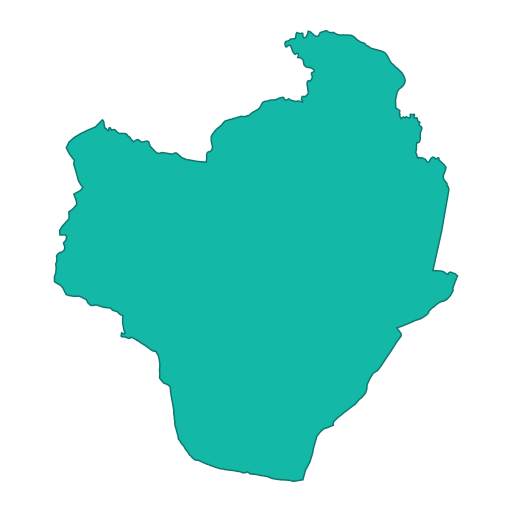 the district of Siguiri, Siguiri, Guinea
{"feature_id": "49546643B83328532988272", "entity_name": "Siguiri", "entity_type": "district", "adm_level": 2, "iso_a3": "GIN", "parent_name": "Guinea", "parent_adm1": "Siguiri", "projection": "mercator", "projection_center": [-9.454, 11.68], "detail": "fine", "context": "isolated", "style": "filled", "palette": "teal", "viewbox_px": 512, "rotation_deg": 0, "n_neighbors": 0, "source": "geoboundaries", "source_scale": "gbopen_adm2", "svg_char_len": 5955}
<svg xmlns="http://www.w3.org/2000/svg" viewBox="0 0 512 512"><path d="M123.9,329.9L124.9,332.6L124.5,333.8L123.1,333.6L121.6,332.9L121.5,334.1L121.1,335.3L121.3,336.5L121.9,336.8L124.7,336.9L126.1,337.3L126.9,337.7L128.5,338.3L129.8,338.4L131.1,337.2L132.8,337.8L136.1,339.7L137.0,340.5L137.9,340.1L138.2,340.8L140.5,342.6L144.9,345.3L148.3,347.7L150.8,349.7L153.2,351.0L155.9,351.5L158.1,355.3L159.0,358.0L159.7,362.8L159.9,366.0L159.6,368.2L159.5,370.8L159.8,373.5L159.6,376.1L159.6,378.1L162.1,381.3L163.7,383.0L166.7,384.2L168.0,384.9L169.3,385.8L170.3,387.5L170.6,392.2L173.9,410.8L173.7,412.2L173.8,414.1L174.4,416.7L174.3,418.5L174.8,421.1L174.9,423.4L175.2,426.4L176.0,428.6L177.9,435.6L178.3,437.3L178.2,438.6L180.4,441.5L180.4,442.1L181.6,443.5L182.2,444.5L183.8,446.1L185.3,448.9L186.7,450.8L187.5,451.6L189.5,455.0L191.2,456.3L192.1,457.5L193.5,458.7L194.4,459.6L196.2,460.1L198.6,460.4L200.1,461.0L203.6,462.8L205.8,463.4L206.8,464.3L207.7,464.2L209.4,464.8L209.8,465.4L210.9,465.5L215.4,467.2L221.0,468.9L222.9,468.9L225.0,469.6L226.4,469.6L227.3,469.9L234.7,470.7L237.1,471.3L240.0,471.6L242.9,472.8L243.9,472.9L245.8,472.6L247.4,471.9L249.2,472.9L249.8,473.8L252.7,474.2L255.3,474.3L258.1,474.8L259.3,475.2L261.4,475.6L262.9,475.7L267.0,476.4L272.0,478.4L273.2,478.7L276.2,479.2L282.0,479.9L282.9,479.8L288.4,480.2L290.0,480.4L293.3,481.3L302.9,479.8L305.4,470.4L309.8,462.1L312.4,453.8L313.6,447.7L316.9,436.2L320.2,432.0L323.7,428.8L327.8,427.5L333.5,425.1L333.1,423.7L333.2,423.1L333.5,422.0L334.4,420.9L335.8,419.6L337.2,418.1L338.4,417.1L341.8,414.5L343.5,413.0L348.4,409.3L353.0,405.7L355.1,404.3L359.2,399.5L361.9,397.4L365.5,393.0L366.8,389.3L367.1,384.6L370.2,377.9L373.3,373.2L377.7,370.4L381.6,365.2L386.2,358.0L390.5,351.8L397.0,341.5L399.7,338.0L401.2,335.9L401.0,333.5L396.8,327.9L402.4,326.0L412.4,321.8L414.6,320.7L421.0,318.6L425.8,315.5L428.3,313.2L429.3,310.7L432.5,307.6L434.1,306.7L435.3,305.3L439.3,302.5L441.6,301.5L443.8,301.1L447.0,299.3L450.4,295.6L453.1,290.6L452.8,288.4L453.5,286.1L454.4,283.9L455.1,281.6L456.0,279.8L456.6,277.8L457.6,275.9L454.6,273.4L452.9,273.2L451.4,272.3L449.7,272.2L448.6,273.1L448.1,274.3L446.2,273.7L444.1,272.0L441.6,271.1L432.9,270.5L441.5,231.9L448.9,189.6L448.1,186.5L447.1,186.3L447.0,183.6L443.6,179.0L443.1,176.2L445.4,170.3L446.0,167.3L444.2,164.8L439.2,160.2L438.8,158.0L438.0,157.7L436.2,158.8L435.2,158.6L434.0,157.3L432.5,157.2L430.9,158.5L429.1,161.5L428.3,162.3L427.3,162.1L425.2,159.2L421.7,157.7L418.8,158.2L418.9,157.4L417.2,157.4L416.5,153.8L415.5,152.3L416.3,150.4L416.6,142.6L418.0,142.8L418.8,142.4L419.8,141.0L420.3,138.6L420.3,133.0L421.9,128.5L421.6,127.0L419.3,125.3L419.1,124.4L419.9,122.4L418.0,121.2L416.9,117.8L414.7,118.1L414.1,117.4L414.0,116.5L414.6,115.0L414.1,114.2L412.5,114.9L410.9,114.1L410.1,115.0L410.3,117.3L409.7,117.8L408.4,117.9L406.5,116.8L405.9,116.8L405.0,117.7L403.3,117.0L401.0,118.6L399.6,115.8L400.0,114.4L399.4,113.1L399.8,110.6L395.8,107.9L395.5,99.7L397.3,91.7L398.9,89.3L402.6,86.3L404.5,83.4L405.2,80.7L404.5,77.6L402.2,73.1L397.0,68.0L395.9,67.4L393.2,64.5L391.5,63.3L390.4,61.8L387.1,55.4L384.7,52.6L381.6,51.1L370.8,48.2L368.8,46.6L366.0,45.3L365.2,43.9L363.7,42.9L362.2,42.7L360.3,41.8L357.4,40.0L354.5,37.2L352.4,35.8L350.5,35.2L345.2,35.0L344.9,35.2L343.4,34.9L339.9,35.1L337.2,34.5L333.4,32.4L330.7,32.7L328.1,31.9L327.0,30.9L325.9,30.7L320.2,32.6L318.6,35.7L317.6,36.4L316.4,36.3L314.9,35.8L310.0,31.6L308.1,31.3L307.8,33.4L306.6,36.2L305.3,37.5L303.8,37.8L302.9,36.7L302.8,33.4L301.6,33.1L300.3,33.7L296.7,32.6L296.2,33.8L295.5,37.9L294.7,38.7L290.5,39.1L288.8,40.8L286.1,41.4L285.3,42.0L284.9,44.1L285.6,46.7L286.7,46.9L288.6,45.3L289.9,45.3L290.7,45.9L292.8,51.7L294.6,54.1L295.2,54.4L297.0,53.2L297.9,53.4L298.4,54.2L298.4,55.5L297.7,57.5L300.5,57.8L302.4,59.2L303.4,60.9L303.7,63.7L304.2,65.2L305.7,66.6L306.8,67.2L309.5,67.7L310.0,67.3L313.3,69.3L314.0,70.3L314.2,71.4L313.6,72.0L312.1,72.4L311.5,73.1L311.4,74.1L312.3,76.6L312.2,77.6L311.1,80.0L309.9,81.3L308.9,80.6L308.0,80.9L307.3,81.8L307.0,83.4L308.3,92.7L308.1,93.8L305.4,96.5L302.2,96.5L301.4,99.5L302.6,100.8L302.5,102.0L298.9,101.1L297.4,101.0L295.8,101.5L290.0,99.9L288.9,98.8L286.2,100.2L285.1,100.0L283.5,97.5L282.6,97.3L279.9,97.9L275.4,99.8L269.9,100.2L266.7,101.3L265.3,101.2L263.0,102.2L262.3,103.0L259.9,107.6L258.3,109.2L251.9,112.8L248.6,115.8L247.2,115.6L245.5,116.7L241.1,116.3L238.8,117.1L237.1,117.3L235.9,118.1L232.7,118.6L231.6,119.4L229.7,119.4L227.8,120.4L226.0,120.6L224.8,121.3L223.0,123.1L222.3,124.4L215.7,130.0L212.1,134.8L211.2,136.8L211.3,141.4L212.6,147.1L211.5,150.4L210.3,151.4L208.2,151.9L207.2,152.9L206.6,154.7L206.7,159.0L206.2,162.1L197.1,161.4L188.5,159.8L187.4,159.9L181.8,157.6L176.6,153.1L175.0,152.9L172.5,154.2L162.2,152.5L158.7,153.5L157.8,153.0L157.0,153.0L155.4,151.7L150.2,146.3L148.6,141.7L147.1,141.0L142.5,142.1L141.2,141.9L138.2,139.6L136.7,139.8L133.5,141.7L130.7,138.8L130.2,137.5L128.2,136.3L126.8,134.4L125.2,133.5L119.1,133.4L117.5,132.5L115.1,129.8L113.5,129.5L111.5,130.2L110.5,128.1L109.7,127.6L109.0,128.1L108.6,130.7L107.6,130.5L106.2,128.5L105.1,128.3L104.5,126.8L103.7,121.6L103.0,120.3L102.3,119.9L95.5,126.9L87.5,130.3L81.1,133.4L74.3,137.4L69.0,142.1L66.3,147.8L69.4,153.9L74.4,160.5L73.7,164.0L76.0,171.6L78.5,180.8L80.8,184.8L82.8,187.3L80.6,190.4L73.8,194.1L76.3,200.8L76.7,204.6L72.5,209.3L68.8,211.9L69.1,215.4L69.0,218.7L62.2,226.3L59.6,230.4L59.9,235.0L65.4,234.9L66.8,236.8L65.8,240.2L63.4,243.1L64.8,246.7L64.4,249.9L61.6,252.5L60.2,252.2L57.7,254.1L56.5,256.0L56.9,258.6L56.6,261.8L55.7,264.0L56.2,267.5L55.8,272.8L54.4,276.6L54.5,280.1L54.4,281.5L55.4,282.4L59.3,284.6L61.4,286.1L63.1,288.3L66.1,294.5L68.5,295.4L73.8,296.3L79.4,296.2L86.3,299.6L88.1,303.1L90.6,305.4L93.1,305.5L96.1,304.9L98.9,305.7L102.6,307.0L104.4,307.4L110.7,308.1L112.6,310.3L117.2,311.6L120.0,314.4L123.0,315.8L122.6,318.5L122.7,323.0L123.9,329.9Z" fill="#14b8a6" stroke="#0f766e" stroke-width="1.5"/></svg>